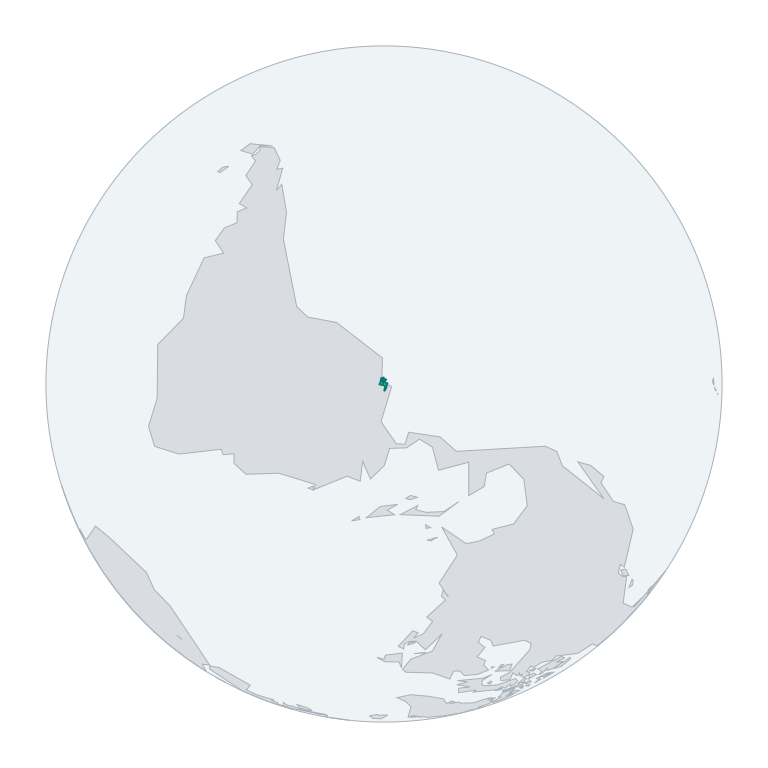 the Earth from above Guayas, rotated 159°
{"feature_id": "ECU-1280", "entity_name": "Guayas", "entity_type": "Province", "adm_level": 1, "iso_a3": "ECU", "parent_name": "Ecuador", "parent_adm1": "", "projection": "orthographic", "projection_center": [-79.898, -1.951], "detail": "fine", "context": "on_globe", "style": "filled", "palette": "teal", "viewbox_px": 768, "rotation_deg": 159, "n_neighbors": 0, "source": "natural_earth", "source_scale": "10m", "svg_char_len": 9605}
<svg xmlns="http://www.w3.org/2000/svg" viewBox="0 0 768 768"><g transform="rotate(159 384 384)"><circle cx="384" cy="384" r="338" fill="#eef3f6" stroke="#a8b0b8"/><path d="M246.3,75.4L248.6,74.5L256.2,71.2L263.7,68.2L278.9,63.1L282.4,66.6L299.8,63.1L321.0,68.4L325.7,65.8L336.8,67.6L346.3,65.6L347.5,68.2L354.1,64.6L351.2,62.7L353.1,60.7L358.4,59.8L360.9,62.4L358.6,63.4L362.1,63.7L361.1,65.7L364.6,64.1L367.0,68.2L372.6,62.9L381.2,65.2L380.6,68.4L370.2,69.6L343.3,83.5L339.5,88.9L344.6,94.4L376.0,100.3L376.1,106.4L383.9,113.6L388.6,108.9L384.2,101.8L394.9,95.9L388.2,89.2L391.6,86.2L388.9,79.6L400.5,79.3L413.3,83.0L416.1,88.8L421.8,91.0L428.2,85.0L442.2,96.8L466.7,107.0L469.1,110.9L457.4,117.5L434.5,117.3L419.3,129.9L440.5,121.0L446.2,132.4L451.9,134.4L458.2,133.9L460.5,129.6L464.8,133.9L445.5,143.3L441.3,139.5L447.4,136.2L436.7,136.7L423.7,145.0L427.6,151.1L403.9,160.3L406.4,165.2L402.6,170.6L400.2,161.9L404.0,178.3L376.8,198.0L381.4,229.8L364.5,205.5L351.0,203.2L334.8,204.5L335.2,209.5L313.2,206.9L293.9,218.9L287.6,244.9L295.8,264.5L320.2,264.1L327.2,252.4L344.9,249.4L333.0,280.6L364.0,284.0L361.4,307.7L370.6,319.8L385.9,316.3L401.8,321.9L412.9,307.8L430.7,300.1L431.6,319.5L441.1,301.8L451.4,311.1L486.7,310.5L484.1,314.8L514.0,338.3L545.2,349.2L552.5,363.8L548.9,372.6L559.4,375.6L559.6,381.5L600.6,392.1L620.5,408.0L619.1,428.7L600.9,451.9L581.1,501.9L547.6,517.3L536.7,537.4L506.6,566.3L486.7,563.5L490.1,578.3L477.0,586.9L463.4,587.2L459.2,597.4L449.0,597.5L454.4,604.3L435.6,617.2L438.2,628.1L423.9,638.3L426.0,644.5L421.4,644.3L416.1,646.5L414.8,649.9L401.9,644.1L400.7,630.0L407.2,622.9L401.2,621.7L415.2,603.2L407.9,607.0L413.6,578.9L426.0,555.4L437.8,487.5L431.3,473.9L406.2,458.3L376.1,408.7L384.8,388.2L377.9,378.7L400.3,349.9L394.0,323.8L386.0,320.2L378.2,330.1L350.6,314.5L340.6,295.2L255.5,268.0L246.8,259.0L246.8,243.7L219.8,198.0L230.9,241.8L220.1,233.8L211.8,218.6L216.9,214.2L212.0,192.2L202.5,185.0L203.4,159.2L225.3,126.9L228.0,130.9L233.0,123.6L229.8,118.6L226.5,117.3L239.3,93.7L232.4,86.8L219.4,92.2L230.7,86.0L198.8,102.8L188.1,108.8L206.9,97.6L213.9,93.4L210.0,94.7L216.4,90.8L218.2,89.6L226.2,85.2L236.5,80.3L241.9,77.7L238.8,78.9L240.3,78.1L246.3,75.4ZM74.1,271.8L76.5,264.4L76.5,268.4L74.1,271.8ZM77.0,260.4L76.4,262.8L76.7,260.9L77.0,260.4ZM76.6,259.4L76.9,260.2L76.3,260.1L76.6,259.4ZM75.8,259.1L76.4,258.9L76.2,259.3L75.8,259.1ZM380.1,240.9L415.6,256.2L395.9,258.5L399.5,255.4L390.5,249.0L373.7,243.4L356.3,247.4L380.1,240.9ZM75.6,256.2L75.7,255.3L76.4,254.4L75.6,256.2ZM395.0,222.6L388.8,221.5L394.8,221.3L395.0,222.6ZM224.0,117.6L229.1,119.1L229.6,125.5L224.6,124.5L224.0,117.6ZM224.1,107.2L228.2,106.2L222.3,112.8L221.8,111.3L224.1,107.2ZM208.6,97.7L211.5,97.0L206.5,99.1L208.6,97.7ZM216.7,90.4L217.0,90.2L214.1,91.9L214.7,91.5L216.7,90.4ZM382.7,80.4L385.7,80.0L384.7,81.4L382.7,80.4ZM378.7,78.1L375.3,80.0L372.8,79.3L375.0,78.1L378.7,78.1ZM383.5,76.1L369.0,77.8L364.8,76.6L369.5,71.4L383.5,76.1ZM347.9,62.6L351.3,64.5L343.5,64.1L347.9,62.6ZM342.5,62.9L315.9,66.2L313.6,63.6L323.0,62.7L316.0,60.8L327.9,57.8L334.5,58.2L333.6,60.3L338.8,57.7L342.5,62.9ZM353.2,60.0L348.1,60.5L345.7,58.2L355.6,56.7L353.2,57.9L353.2,60.0ZM308.3,62.1L308.3,60.6L318.0,57.6L319.3,56.7L328.0,57.6L308.3,62.1ZM356.4,57.9L360.7,56.1L366.7,56.4L358.1,59.3L356.4,57.9ZM340.9,58.4L340.3,57.3L343.9,57.3L340.9,58.4ZM390.3,57.9L384.2,58.0L382.5,56.6L390.3,57.9ZM361.9,55.5L359.8,55.4L358.4,55.0L362.4,54.1L361.9,55.5ZM334.2,55.7L338.3,55.0L331.2,55.1L338.1,53.4L342.7,54.6L343.6,53.4L345.8,52.9L347.1,54.5L334.2,55.7ZM362.2,52.3L370.4,54.0L382.2,53.9L384.1,54.9L364.8,55.1L362.2,52.3ZM353.2,53.3L359.2,52.8L358.6,54.0L354.0,55.1L353.2,53.3ZM341.2,52.1L329.3,54.4L328.7,54.1L341.2,52.1ZM365.8,51.9L363.7,51.5L366.7,51.7L365.8,51.9ZM348.9,51.6L344.8,52.3L344.2,52.0L348.9,51.6ZM363.1,50.5L365.7,50.9L362.7,51.5L363.1,50.5ZM356.7,50.8L356.9,50.2L360.1,51.5L354.9,51.1L356.7,50.8ZM349.0,51.2L347.4,51.2L350.8,51.0L349.0,51.2ZM372.9,48.5L377.6,50.0L370.9,51.1L367.3,49.4L372.9,48.5ZM422.9,656.3L402.6,646.2L414.3,650.8L424.1,645.6L434.0,653.2L422.9,656.3ZM450.9,642.9L461.2,640.1L463.2,641.9L456.5,644.2L450.9,642.9ZM626.0,148.1L629.0,152.3L648.9,180.3L647.6,183.3L639.6,178.4L616.9,150.8L622.1,147.7L614.1,139.4L599.8,128.4L602.6,129.0L597.4,124.6L598.1,123.7L586.0,113.3L585.0,112.4L606.2,129.4L626.0,148.1ZM558.6,94.7L559.6,95.3L542.2,85.4L537.2,82.8L558.6,94.7ZM721.3,404.8L721.8,390.3L721.4,365.8L720.6,355.6L720.1,358.1L718.2,346.0L717.1,345.7L704.3,354.8L695.5,339.4L673.3,293.0L672.1,274.2L663.2,253.3L647.5,184.1L653.9,187.5L653.0,179.4L666.8,199.1L679.3,219.7L690.2,241.1L699.6,263.2L707.4,286.0L713.5,309.2L718.0,332.8L720.8,356.7L721.9,380.7L721.3,404.8ZM664.3,217.8L667.4,223.9L667.4,224.0L664.3,217.8ZM487.8,310.2L492.1,314.0L486.5,314.1L487.8,310.2ZM393.4,266.2L400.8,266.5L404.7,269.3L399.1,270.4L393.4,266.2ZM455.0,266.1L463.3,267.8L454.8,269.3L455.0,266.1ZM421.1,258.2L448.3,265.5L431.6,271.0L414.4,266.8L426.1,265.1L421.1,258.2ZM392.0,233.1L396.7,234.3L395.4,237.7L392.0,233.1ZM399.3,222.6L397.5,222.9L395.1,220.2L399.3,222.6ZM447.3,131.8L449.0,131.2L455.5,131.7L452.8,133.5L447.3,131.8ZM482.5,124.2L488.7,131.3L482.4,127.0L479.8,130.3L463.3,126.2L469.4,112.7L469.6,119.2L482.5,124.2ZM442.9,118.3L452.7,121.6L441.8,118.6L442.9,118.3ZM568.1,104.9L572.6,107.1L578.7,111.8L580.2,116.1L571.4,108.9L568.1,104.9ZM577.6,109.3L557.1,96.5L555.3,94.3L559.8,97.5L560.7,97.3L568.1,102.6L586.4,114.2L592.9,119.4L592.2,122.7L588.9,118.3L584.6,116.0L577.6,109.3ZM508.0,76.8L499.1,73.7L506.7,72.5L514.1,75.7L516.2,79.3L508.6,77.8L508.0,76.8ZM394.6,67.7L390.7,68.4L390.0,67.4L392.7,66.0L394.6,67.7ZM387.6,58.1L410.9,64.3L407.6,65.2L425.1,69.1L423.3,73.2L412.0,70.3L423.8,77.1L412.8,76.1L421.7,80.7L396.8,73.8L387.4,74.1L398.5,72.0L400.5,68.1L398.5,66.4L385.9,62.4L366.7,62.0L365.6,58.9L369.8,56.9L374.3,56.5L373.6,58.4L380.0,56.6L382.5,59.1L387.6,58.1ZM420.7,48.2L418.1,48.4L431.3,49.5L433.9,50.2L435.2,50.4L441.2,51.6L450.8,53.7L450.4,54.0L454.4,54.8L458.4,56.0L463.6,57.4L464.8,58.7L471.3,60.6L468.1,60.2L479.0,63.3L471.4,61.7L475.9,63.9L480.9,64.3L474.4,73.1L477.5,79.7L484.3,86.6L470.3,84.3L455.1,76.9L441.3,68.7L440.3,63.3L434.2,63.8L431.9,61.6L437.7,62.1L427.4,60.1L427.0,58.6L414.7,54.3L400.1,53.5L395.2,52.4L400.8,52.0L392.0,51.2L399.2,50.0L395.9,49.4L399.7,48.0L412.4,48.5L407.7,47.8L410.4,47.4L420.7,48.2ZM374.3,48.1L388.9,47.3L397.4,47.7L387.3,50.0L389.3,50.7L383.1,53.3L370.8,53.0L373.7,52.2L373.7,51.4L377.5,51.8L374.4,50.9L378.3,50.0L377.0,49.2L382.1,49.0L374.3,48.1ZM645.9,170.4L639.1,162.4L638.9,162.1L645.9,170.4Z" fill="#d9dde1" stroke="#a8b0b8" stroke-width="1"/><path d="M384.0,390.5L384.1,390.3L384.1,390.2L384.2,389.8L384.2,389.6L384.4,389.0L384.5,388.8L384.6,388.7L384.7,388.2L384.8,388.1L385.0,387.9L385.0,387.6L385.0,387.4L384.9,387.2L384.7,387.1L384.5,386.7L384.4,386.6L384.3,386.4L384.3,386.1L384.3,385.8L384.3,385.7L384.2,385.4L384.2,385.2L384.3,385.0L384.2,384.9L384.3,384.8L384.5,384.8L384.5,384.6L384.7,384.4L384.8,384.3L384.4,384.5L384.1,384.7L384.1,384.8L384.0,385.0L384.0,385.4L384.0,385.5L384.2,385.9L384.2,386.0L384.1,387.2L384.1,387.4L384.0,387.5L383.9,387.7L383.7,387.7L383.5,387.9L383.4,387.9L383.1,387.8L383.0,387.7L383.2,387.4L383.3,387.3L383.3,387.2L383.5,387.1L383.8,387.2L383.7,387.1L383.4,387.0L383.2,387.1L383.2,386.9L383.3,386.6L383.3,386.4L383.5,386.4L383.7,386.1L383.4,386.2L383.3,386.3L383.2,386.3L383.0,387.0L382.6,387.6L382.4,387.7L382.2,387.8L382.1,388.0L381.9,388.0L381.9,387.9L381.7,388.0L381.8,388.1L381.9,388.3L382.0,388.3L382.0,388.5L381.9,388.6L381.5,388.5L381.3,388.3L381.2,388.2L380.9,388.1L380.6,387.9L380.2,387.4L380.6,387.0L381.0,386.7L381.5,386.6L381.8,386.5L382.0,386.1L382.1,385.5L382.1,384.9L381.9,384.6L381.7,384.4L381.4,384.2L380.9,384.1L380.6,383.9L380.4,383.6L380.4,383.4L380.6,383.4L380.8,383.3L380.9,383.2L381.0,382.9L381.1,382.7L381.3,382.6L381.5,382.4L381.6,382.5L381.8,382.4L382.0,382.4L382.1,382.2L381.9,382.0L381.8,381.9L381.7,381.8L381.7,381.7L382.1,381.7L382.3,381.6L382.3,381.4L382.2,381.3L382.2,381.2L382.3,380.9L382.5,380.8L382.6,380.7L382.6,380.4L382.9,380.3L383.1,380.1L383.3,379.7L383.4,379.4L383.4,379.2L383.5,379.1L383.8,379.2L384.0,379.2L384.3,378.9L384.4,378.7L384.5,378.6L384.6,378.4L384.7,378.2L384.8,378.1L385.0,377.7L385.3,377.6L385.6,377.5L385.8,377.5L386.0,377.4L386.2,377.5L386.2,377.8L386.1,378.0L386.0,378.3L385.9,378.4L385.9,378.6L385.8,378.8L385.7,378.8L385.5,379.0L385.4,379.1L385.2,379.3L385.0,379.5L384.9,379.5L384.9,379.8L384.6,380.4L384.5,380.5L384.4,380.6L384.2,381.0L384.2,381.5L384.3,381.8L384.2,381.8L384.2,382.0L384.3,382.2L384.7,382.4L384.8,382.5L385.0,382.8L385.1,383.0L385.3,383.3L385.4,383.6L385.5,383.7L385.6,383.8L385.8,383.7L386.1,383.6L386.3,383.6L386.5,383.7L386.7,383.9L386.9,383.9L386.9,384.0L387.1,384.1L387.6,384.9L387.9,385.2L388.1,385.2L388.3,385.2L388.5,385.2L388.5,385.3L388.5,385.5L388.4,385.7L388.3,385.8L388.2,385.9L387.9,386.0L387.2,386.1L386.9,386.3L386.8,386.6L386.8,386.8L386.6,386.9L386.3,387.2L386.3,387.3L386.5,387.3L386.7,387.2L386.8,387.4L386.8,387.5L386.7,387.7L386.6,387.8L385.2,389.2L385.2,389.3L385.2,389.6L385.2,389.9L384.9,390.3L384.8,390.5L384.6,390.5L384.1,390.5L384.0,390.5ZM383.0,388.2L383.3,388.2L383.7,388.5L384.0,388.5L383.9,388.6L383.5,388.9L383.4,389.0L383.3,389.3L383.2,389.4L383.1,389.5L382.9,389.8L382.8,390.0L382.7,390.2L382.6,390.3L382.4,390.3L382.2,390.4L381.9,390.3L381.8,390.2L381.9,389.2L382.1,388.8L382.2,388.6L382.6,388.4L382.9,388.2L383.0,388.2ZM384.5,387.2L384.5,387.3L384.7,387.5L384.4,387.8L384.4,388.0L384.2,388.1L384.2,387.8L384.3,387.4L384.5,387.2Z" fill="#14b8a6" stroke="#0f766e" stroke-width="1.5"/></g></svg>